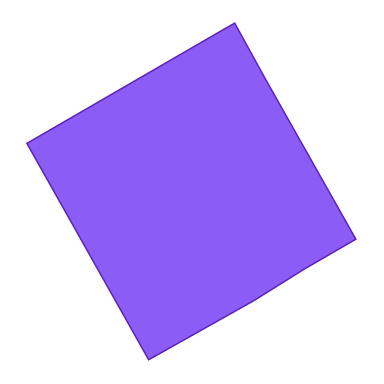 the district of Jefferson, Illinois, United States of America, rotated 150°
{"feature_id": "52423323B98138287519382", "entity_name": "Jefferson", "entity_type": "district", "adm_level": 2, "iso_a3": "USA", "parent_name": "United States of America", "parent_adm1": "Illinois", "projection": "equal_earth", "projection_center": [-88.993, 38.301], "detail": "fine", "context": "isolated", "style": "filled", "palette": "violet", "viewbox_px": 384, "rotation_deg": 150, "n_neighbors": 0, "source": "geoboundaries", "source_scale": "gbopen_adm2", "svg_char_len": 293}
<svg xmlns="http://www.w3.org/2000/svg" viewBox="0 0 384 384"><g transform="rotate(150 192 192)"><path d="M71.9,254.4L70.6,316.9L81.5,317.0L310.7,316.7L311.7,223.3L313.4,68.4L193.1,67.0L133.6,69.1L73.7,69.2L73.1,130.5L71.9,254.4Z" fill="#8b5cf6" stroke="#5b21b6" stroke-width="1.5"/></g></svg>